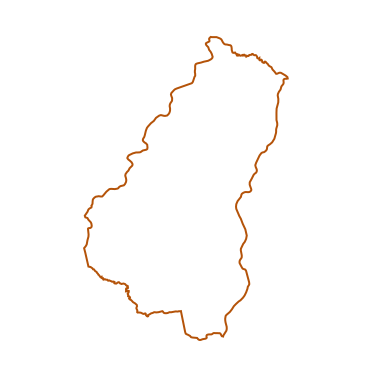 the district of Doa, Tete, Mozambique, rotated 258°
{"feature_id": "85939544B50674606181773", "entity_name": "Doa", "entity_type": "district", "adm_level": 2, "iso_a3": "MOZ", "parent_name": "Mozambique", "parent_adm1": "Tete", "projection": "albers", "projection_center": [34.572, -16.606], "detail": "fine", "context": "isolated", "style": "outline", "palette": "amber", "viewbox_px": 384, "rotation_deg": 258, "n_neighbors": 0, "source": "geoboundaries", "source_scale": "gbopen_adm2", "svg_char_len": 5990}
<svg xmlns="http://www.w3.org/2000/svg" viewBox="0 0 384 384"><g transform="rotate(258 192 192)"><path d="M283.1,309.2L284.6,309.2L286.4,307.8L289.9,304.0L290.2,303.5L290.5,302.2L290.0,299.8L290.1,298.9L292.8,297.6L295.1,296.2L297.4,295.7L297.9,295.3L298.6,294.4L299.8,293.3L301.3,292.8L302.5,291.9L304.0,291.1L304.4,290.5L304.3,290.1L303.4,289.6L303.3,289.3L303.6,288.6L304.3,288.1L304.4,287.8L304.6,287.7L306.3,287.8L307.0,287.3L307.1,287.1L307.1,286.6L306.6,286.0L306.9,285.5L307.5,285.4L309.0,285.7L308.6,284.9L309.3,283.8L310.0,283.7L310.9,283.8L312.3,283.2L312.7,282.6L312.7,282.0L312.9,281.3L313.6,280.6L314.3,280.2L314.5,279.7L314.5,279.4L313.9,278.8L314.1,276.5L313.3,275.6L313.6,274.7L313.1,273.2L314.4,273.0L314.5,272.0L315.0,272.0L315.5,271.5L315.4,270.9L314.8,270.2L314.9,269.9L315.5,269.7L315.2,268.3L315.3,267.4L316.3,266.8L316.6,266.4L316.5,266.1L315.8,265.4L316.1,264.4L316.5,264.3L317.1,265.1L317.3,265.1L318.3,263.5L318.5,263.3L319.4,263.2L319.5,262.7L319.5,261.3L320.1,260.6L322.6,260.4L324.3,260.7L326.0,260.8L326.9,260.6L327.5,260.1L328.2,258.4L328.9,257.0L329.4,255.3L330.0,254.4L331.8,253.4L335.0,252.5L335.7,252.0L336.5,251.1L338.4,248.2L339.3,243.7L339.8,242.6L339.0,241.2L338.1,240.5L336.7,240.6L335.7,240.3L334.9,237.4L334.5,236.5L333.7,236.3L332.5,236.6L330.3,238.0L327.5,238.3L325.2,239.4L323.1,240.0L320.0,240.3L319.0,239.8L318.2,238.8L317.8,237.9L317.0,235.1L317.0,230.8L316.7,227.5L316.7,224.6L316.6,223.3L316.3,222.3L315.9,221.9L314.7,221.3L311.7,220.7L310.2,220.1L308.5,219.7L307.1,219.7L305.0,219.3L304.1,218.4L299.8,215.9L299.1,215.3L298.5,214.5L298.4,214.0L296.4,198.5L296.0,196.7L295.4,195.6L293.1,192.4L291.9,191.7L290.6,191.7L288.0,192.1L285.9,191.6L285.1,191.2L283.2,189.2L282.1,188.5L280.7,188.0L278.1,187.9L276.0,187.4L274.2,186.4L273.0,185.2L272.0,183.6L272.0,181.9L272.3,180.5L273.6,177.8L273.7,177.3L273.5,175.7L272.0,172.2L269.5,169.5L267.8,166.1L265.1,162.4L264.0,161.2L261.5,159.6L256.9,157.4L255.6,156.6L254.3,155.3L253.1,154.7L252.4,154.7L251.6,155.0L250.2,156.0L249.3,157.0L247.6,158.0L244.7,157.7L243.4,157.2L242.9,156.3L242.8,152.5L241.7,149.9L241.7,148.6L242.3,145.4L242.1,142.1L241.2,138.4L240.9,137.6L239.9,136.6L238.7,135.8L238.2,135.9L237.0,136.5L235.6,137.7L233.6,139.1L231.9,139.6L231.0,139.5L230.2,139.0L228.2,135.9L226.1,134.2L225.1,132.6L223.3,130.7L221.8,130.1L219.1,130.3L217.3,130.2L215.6,129.6L213.6,128.0L212.7,126.7L212.6,123.2L211.9,121.6L211.0,120.6L210.8,119.4L210.9,117.1L211.9,113.5L212.0,112.3L211.9,111.6L210.1,108.3L207.1,104.5L206.3,103.2L206.5,102.0L207.3,99.8L207.3,99.0L207.4,97.0L206.9,95.6L205.9,94.1L205.1,93.4L203.3,92.8L201.4,92.3L200.4,91.7L199.6,90.8L198.6,90.8L197.8,90.4L197.2,88.4L196.7,87.4L196.1,86.8L194.4,85.7L191.1,82.2L189.4,82.4L188.3,84.3L186.4,84.9L183.4,86.7L182.0,87.0L179.9,86.9L178.8,86.5L178.2,85.7L178.0,85.2L178.1,83.3L178.0,82.9L177.6,82.6L171.9,82.0L169.8,81.4L166.5,79.7L162.6,78.1L161.1,76.8L159.5,74.8L154.6,75.0L140.6,75.2L140.3,75.9L140.1,76.1L139.8,77.1L138.0,78.8L137.0,79.1L136.7,80.0L134.7,80.9L133.7,82.0L132.4,82.4L131.6,83.0L130.6,83.2L130.0,83.8L128.0,84.6L127.7,85.1L127.9,86.0L127.4,86.0L126.8,85.6L126.4,86.0L126.2,87.1L125.9,87.2L125.4,86.9L124.7,87.1L124.6,87.3L124.8,88.7L124.0,89.8L123.9,90.7L123.5,91.2L122.7,91.5L122.6,91.9L122.7,92.8L121.8,93.9L121.4,94.7L120.8,95.2L120.8,96.3L120.5,97.0L120.0,97.5L119.2,97.0L118.9,97.1L118.5,97.7L118.2,99.1L118.9,100.4L119.0,101.7L117.5,102.7L117.3,103.2L116.7,103.8L116.7,105.9L116.0,107.2L115.6,107.6L114.5,108.1L113.4,109.6L113.0,109.6L112.5,108.9L112.0,108.9L111.8,109.4L111.6,109.5L111.4,109.4L111.2,107.5L110.1,107.1L109.4,107.2L109.1,107.0L108.5,106.8L108.4,107.9L108.9,108.5L108.3,109.6L107.3,109.3L106.6,108.8L106.0,108.0L105.6,107.9L104.8,108.2L103.3,107.8L103.1,108.1L102.9,108.9L102.0,109.4L101.6,109.4L101.6,108.8L100.8,108.3L99.4,109.3L99.3,109.7L98.3,110.4L96.4,111.5L95.1,113.0L93.1,114.5L91.7,114.5L90.6,113.7L89.7,113.4L87.5,113.9L85.8,113.4L85.4,113.7L85.2,115.0L84.6,116.8L82.9,119.0L82.8,119.7L83.0,120.7L82.9,121.2L82.5,121.4L81.4,121.3L81.1,121.4L79.9,122.1L79.5,122.8L79.6,123.1L80.3,122.9L80.7,123.3L81.0,124.6L81.8,126.8L81.9,128.5L82.3,130.0L81.6,132.2L81.4,134.3L81.6,138.2L81.1,138.7L80.2,139.0L79.7,139.3L79.1,140.3L78.8,141.6L78.7,143.0L79.1,145.0L78.7,146.6L78.6,151.1L78.0,153.3L78.1,154.5L77.8,155.5L77.8,156.4L56.4,156.2L54.8,156.4L54.2,156.9L53.3,158.2L51.7,160.1L50.2,160.9L49.6,162.1L48.2,166.6L46.6,167.5L46.0,168.1L45.6,168.9L45.5,169.8L45.8,171.7L45.7,174.9L46.2,175.9L46.4,176.1L47.6,176.1L48.6,176.4L49.0,176.8L49.2,177.5L49.2,179.0L48.7,181.2L48.8,182.0L49.4,183.4L49.5,183.9L48.1,189.8L47.5,190.4L45.3,191.0L44.7,191.3L44.2,192.4L45.0,192.7L49.2,196.8L50.8,197.5L52.9,197.9L57.5,197.7L59.3,197.8L61.1,198.1L63.7,199.1L64.6,200.1L66.8,204.1L69.1,206.8L71.6,209.2L73.3,211.7L75.2,214.9L76.0,216.9L78.0,219.9L79.8,221.9L82.6,224.1L85.8,226.1L87.7,226.9L89.1,228.3L90.0,228.9L92.0,229.1L103.7,228.5L105.0,228.0L106.5,225.6L107.8,225.1L112.4,223.8L113.6,223.9L114.9,224.4L115.9,225.2L116.9,226.4L117.9,227.1L119.7,227.5L124.7,227.6L126.3,228.0L130.6,231.3L132.3,233.3L134.9,235.2L138.0,236.5L144.4,236.4L150.4,235.0L155.7,234.2L158.6,233.3L166.3,231.8L168.5,232.0L170.9,232.8L173.6,234.7L177.0,238.8L179.3,239.9L179.9,240.5L180.6,242.1L180.9,244.0L180.1,247.3L180.1,248.1L180.4,249.2L181.2,250.2L181.9,250.5L182.8,250.5L186.5,250.0L187.5,250.0L189.5,250.5L192.5,253.1L196.0,255.9L196.8,257.0L197.6,258.7L198.5,259.5L199.5,259.9L200.7,260.0L203.3,259.5L205.1,259.5L207.4,260.9L213.7,265.7L215.6,267.9L216.0,269.0L216.0,270.8L216.7,272.4L217.5,273.5L218.4,274.2L221.0,275.1L221.8,276.3L222.5,278.2L223.9,280.7L226.9,283.6L232.0,286.3L233.3,286.8L235.3,287.2L236.4,287.6L239.6,289.3L241.8,289.7L244.8,289.6L252.0,291.1L256.0,292.1L261.7,295.0L265.1,295.8L268.5,295.9L270.0,296.4L271.9,297.8L273.8,299.9L276.7,301.4L278.5,303.6L279.0,304.0L280.0,304.4L282.4,304.7L283.0,305.2L283.3,305.7L283.4,306.8L283.1,308.0L283.1,309.2Z" fill="none" stroke="#b45309" stroke-width="2"/></g></svg>